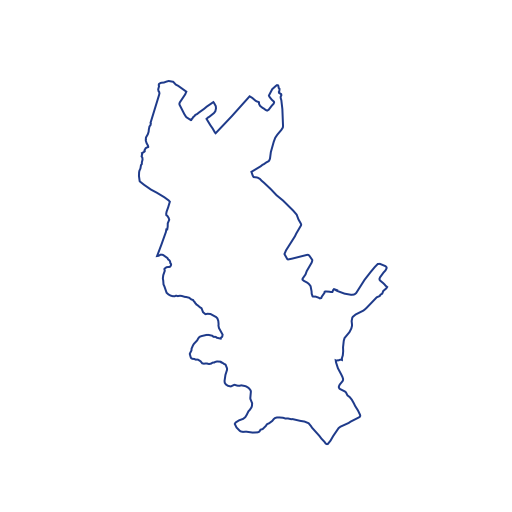 Sanguie, Sanguié, Burkina Faso, rotated 328°
{"feature_id": "67063806B51289395143870", "entity_name": "Sanguie", "entity_type": "district", "adm_level": 2, "iso_a3": "BFA", "parent_name": "Burkina Faso", "parent_adm1": "Sanguié", "projection": "albers", "projection_center": [-2.631, 12.224], "detail": "fine", "context": "isolated", "style": "outline", "palette": "blue", "viewbox_px": 512, "rotation_deg": 328, "n_neighbors": 0, "source": "geoboundaries", "source_scale": "gbopen_adm2", "svg_char_len": 6118}
<svg xmlns="http://www.w3.org/2000/svg" viewBox="0 0 512 512"><g transform="rotate(328 256 256)"><path d="M217.2,453.5L221.3,452.1L226.2,449.5L234.9,445.7L237.2,445.5L246.1,446.7L248.5,446.6L257.6,447.4L258.7,447.4L259.7,446.8L260.1,445.7L260.6,441.1L260.6,435.6L260.9,432.9L261.1,428.6L260.7,425.3L259.7,422.7L260.0,419.3L259.6,418.0L256.8,413.4L256.5,412.6L256.6,411.4L257.2,410.5L258.9,409.4L263.1,408.0L264.1,407.3L264.7,406.4L265.2,404.4L265.5,401.7L266.0,394.6L267.5,388.6L268.3,386.8L268.5,387.1L269.4,387.6L270.1,387.8L270.8,388.3L271.8,388.4L273.2,388.9L273.8,389.7L274.8,388.1L276.9,386.3L278.3,384.5L279.5,382.9L281.4,379.6L285.5,374.4L287.6,372.5L294.9,370.1L298.4,368.0L300.4,366.1L301.1,365.0L302.6,361.9L304.9,359.4L305.8,358.9L309.5,358.4L318.1,359.2L320.0,359.0L322.2,358.6L336.5,355.0L339.7,355.5L341.0,354.8L343.1,354.8L345.4,353.1L349.3,352.5L350.8,351.8L350.1,349.7L350.0,348.5L349.5,346.4L348.3,342.8L348.2,341.7L348.6,340.8L349.9,339.8L355.4,337.6L358.0,336.9L359.1,336.3L360.1,335.7L360.6,335.1L360.7,334.4L360.4,333.2L356.9,328.3L355.0,327.3L350.9,328.3L344.8,330.3L335.5,333.7L321.3,340.5L319.5,340.7L318.4,340.5L316.2,339.4L311.1,334.8L306.4,328.7L305.6,327.3L306.1,327.3L304.6,325.4L303.5,325.7L301.7,327.0L300.3,326.1L299.1,325.0L296.2,322.9L295.6,322.7L295.1,322.8L294.6,323.5L290.3,325.3L289.1,326.2L287.7,325.8L287.0,324.5L285.0,322.0L282.7,320.5L282.6,320.1L283.2,317.6L284.4,315.4L286.3,310.5L286.1,308.2L285.8,307.0L285.2,305.5L283.4,302.4L282.9,300.8L283.1,300.3L283.7,299.8L288.2,297.9L291.0,295.7L299.7,291.1L301.2,289.8L301.6,289.2L301.6,288.2L301.4,284.2L301.1,283.0L300.5,282.4L299.6,282.0L285.3,277.4L281.3,275.9L280.9,275.2L281.1,270.3L281.2,269.4L281.9,268.9L284.5,267.1L299.5,259.9L302.0,258.3L310.4,253.9L310.9,253.4L311.2,252.3L311.4,247.5L312.4,242.5L311.6,237.3L308.3,223.3L305.6,215.3L304.1,207.7L301.6,198.1L300.6,195.0L300.2,192.8L299.1,190.7L298.2,189.7L295.8,187.8L295.8,186.2L296.7,182.2L307.6,182.4L309.8,182.1L311.4,182.3L314.3,182.1L316.9,182.3L317.8,182.0L319.4,180.9L323.7,175.7L331.6,168.5L335.0,165.9L338.4,164.4L344.3,162.5L346.8,161.3L347.8,160.1L356.2,145.4L360.0,137.4L360.7,135.0L361.3,134.0L362.6,133.2L362.7,132.7L363.1,132.3L363.1,131.9L362.5,131.1L362.5,130.6L362.0,130.0L362.3,129.0L363.0,128.7L364.5,126.8L364.3,125.6L365.1,123.5L365.1,122.9L364.3,122.2L362.9,122.3L358.2,123.1L352.4,126.5L351.9,126.9L351.8,128.5L352.2,131.9L353.0,134.6L352.7,135.4L351.6,136.2L349.0,136.9L344.2,138.7L342.5,138.6L341.6,137.3L340.6,134.7L340.1,134.0L339.0,130.8L339.2,128.6L340.0,127.2L339.9,126.9L338.7,125.5L337.9,124.1L336.6,119.9L335.2,117.2L309.6,124.6L286.8,130.5L286.6,129.4L286.8,124.9L286.6,120.9L286.7,113.5L288.9,113.1L290.1,113.2L296.1,112.5L298.2,111.7L300.3,109.6L301.3,107.6L301.5,104.1L301.4,102.9L293.5,103.2L290.0,103.7L283.7,104.1L281.2,104.4L279.3,104.2L278.0,104.7L276.1,105.0L274.7,105.8L273.8,105.7L273.1,106.4L272.8,106.3L270.5,101.4L270.4,100.2L270.4,97.6L270.9,92.0L271.3,87.3L271.6,86.4L272.7,85.4L281.6,81.4L284.0,79.7L280.2,70.5L278.8,68.1L278.1,64.4L274.7,61.3L272.3,60.6L269.8,60.1L267.7,59.0L266.8,58.7L266.1,58.7L265.0,58.7L264.6,58.9L264.0,59.7L263.8,60.6L261.4,62.8L260.7,64.6L260.8,65.6L260.3,66.9L259.0,68.2L237.1,87.2L237.1,87.8L235.9,89.1L234.3,89.7L232.2,91.9L230.8,93.7L228.8,95.4L225.5,97.2L224.9,97.9L224.5,98.8L224.0,99.1L223.6,100.0L223.0,102.5L222.9,104.9L222.5,106.3L222.3,106.5L221.2,106.2L219.6,106.1L217.4,107.3L217.3,108.1L216.6,108.4L213.8,108.3L213.7,109.0L213.1,109.4L213.0,109.8L211.8,110.8L211.7,112.5L210.8,114.2L208.9,116.0L207.9,117.5L206.6,118.0L204.4,120.5L202.2,122.0L201.2,123.1L199.1,126.2L197.0,130.9L197.1,131.5L198.8,136.3L202.1,144.0L205.5,149.9L209.4,157.6L211.4,162.6L211.7,164.3L207.4,168.1L203.7,171.0L202.3,172.5L201.6,173.8L202.1,175.2L202.1,177.4L201.6,179.3L198.5,181.5L196.6,184.4L194.8,186.4L194.1,185.9L192.3,187.9L181.7,196.3L172.1,203.6L173.5,204.2L175.8,204.3L177.1,205.2L177.8,206.0L179.8,210.8L179.7,212.5L180.2,213.5L180.3,214.6L180.0,215.8L179.6,216.4L179.7,217.6L179.4,218.4L178.7,219.0L177.5,219.5L177.0,219.5L174.7,218.3L174.0,218.1L171.7,218.3L171.3,218.7L170.8,220.2L167.2,223.1L165.4,225.3L165.0,225.9L164.3,227.7L162.5,231.1L162.2,233.3L160.7,239.8L161.4,242.2L162.5,244.2L163.9,245.8L165.6,247.0L167.2,247.3L168.4,248.6L170.0,249.2L171.1,249.9L172.0,250.7L174.2,253.2L174.9,253.6L177.2,256.0L178.1,258.5L179.3,260.0L179.3,261.7L179.6,262.5L179.5,264.0L179.8,264.7L179.7,265.5L180.3,266.6L181.4,270.1L182.0,271.1L182.1,271.5L181.3,275.6L182.2,278.3L182.4,278.6L184.3,279.3L186.7,281.1L189.8,286.6L190.2,288.4L189.6,291.1L188.2,293.9L187.3,295.1L186.4,297.5L186.0,305.0L184.8,306.3L184.3,306.6L183.1,306.7L182.3,307.4L179.4,304.5L179.1,303.5L178.8,303.1L177.1,302.0L176.7,300.5L174.0,297.8L172.2,296.7L167.5,295.1L165.7,294.7L164.7,294.8L163.3,295.3L161.4,296.4L156.8,297.6L155.2,298.4L152.3,300.4L151.2,301.9L148.2,303.7L147.9,304.1L147.0,307.1L146.9,308.3L147.5,309.4L149.2,310.7L149.8,311.8L151.6,312.9L152.0,313.4L153.2,315.9L153.5,318.5L154.7,319.7L156.4,320.5L157.6,321.3L158.4,322.3L159.3,322.9L161.1,323.5L161.4,323.4L162.9,323.5L164.1,324.2L165.2,324.2L167.1,324.8L170.0,326.9L170.2,327.3L169.9,327.3L170.1,327.8L171.3,329.5L171.8,330.8L172.5,331.7L172.6,332.1L171.9,335.9L171.1,337.2L167.1,340.6L163.1,345.3L162.3,347.0L162.4,349.0L163.4,351.2L165.2,353.0L165.7,353.3L169.1,353.7L169.6,353.9L171.5,356.1L173.2,357.3L175.0,357.9L177.7,360.4L178.6,361.5L179.6,363.5L180.0,364.8L180.2,367.2L179.8,368.3L176.0,373.3L175.5,374.2L174.7,378.8L173.2,380.9L171.9,382.0L169.2,383.2L167.3,383.7L164.1,385.7L161.5,387.0L158.8,387.3L154.6,386.4L150.8,386.4L149.8,386.7L149.0,387.2L148.6,391.1L149.6,395.7L150.2,396.8L151.8,398.3L154.5,399.7L159.6,404.0L163.7,406.3L165.1,406.7L166.0,406.6L167.8,405.7L169.9,406.3L174.4,405.3L175.8,404.6L176.6,404.5L178.4,404.8L182.4,404.5L184.6,403.7L186.3,403.5L188.1,404.0L190.4,405.4L193.3,407.6L194.8,409.4L197.0,410.7L199.4,413.1L200.6,413.7L206.2,419.3L209.4,422.1L212.0,425.7L212.5,429.5L212.5,431.2L214.4,442.0L214.7,445.5L215.6,449.9L215.7,451.9L216.2,452.9L217.2,453.5Z" fill="none" stroke="#1e3a8a" stroke-width="2"/></g></svg>